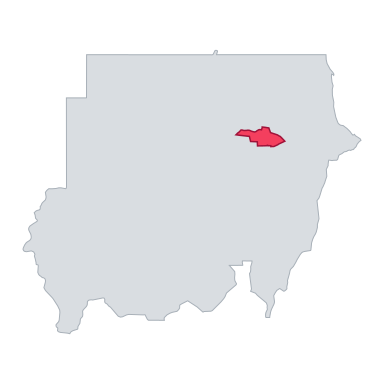 Barbar, River Nile, Sudan shown in context
{"feature_id": "16777658B59808076214537", "entity_name": "Barbar", "entity_type": "district", "adm_level": 2, "iso_a3": "SDN", "parent_name": "Sudan", "parent_adm1": "River Nile", "projection": "mercator", "projection_center": [33.64, 18.168], "detail": "fine", "context": "in_parent", "style": "filled", "palette": "rose", "viewbox_px": 384, "rotation_deg": 0, "n_neighbors": 0, "source": "geoboundaries", "source_scale": "gbopen_adm2", "svg_char_len": 4553}
<svg xmlns="http://www.w3.org/2000/svg" viewBox="0 0 384 384"><path d="M269.7,317.5L266.0,317.5L265.6,316.6L265.6,314.1L266.0,312.3L267.4,309.3L267.1,307.7L267.3,305.4L266.3,302.8L257.3,295.3L255.5,293.2L250.6,291.3L251.5,289.1L249.5,273.6L250.5,271.8L250.8,269.1L250.7,266.7L251.9,262.7L252.0,261.0L242.4,260.9L242.3,262.6L242.7,264.5L242.7,265.3L229.3,265.4L234.7,271.5L234.9,274.1L234.6,277.5L234.7,279.6L235.0,281.0L236.5,283.7L236.4,284.2L236.0,284.9L226.5,293.0L225.0,296.7L223.7,298.7L220.9,302.0L212.3,310.6L210.9,311.2L204.3,311.5L203.6,311.7L203.1,312.1L202.8,312.0L197.2,307.0L187.7,300.8L181.4,304.0L179.7,305.2L179.6,308.1L178.7,309.6L177.0,311.3L172.4,312.3L170.0,313.2L167.1,314.8L164.3,317.6L164.1,319.0L164.4,320.3L148.3,320.2L147.3,319.2L145.0,314.7L143.3,314.9L128.7,314.4L126.6,314.9L122.5,316.8L120.4,317.1L118.2,316.2L110.5,307.2L108.8,306.1L107.1,304.0L105.5,303.1L104.9,302.4L104.7,301.4L104.8,299.4L104.2,298.2L103.0,297.9L92.7,300.0L91.2,299.8L89.1,300.1L88.3,300.5L87.4,301.7L87.3,304.2L87.0,305.4L86.2,306.7L83.3,309.8L82.6,311.1L82.8,314.5L82.6,316.2L82.1,317.0L80.9,318.3L80.4,319.0L79.9,323.3L78.3,325.9L77.9,326.8L77.8,328.7L77.5,329.2L72.9,330.7L71.1,331.7L70.1,333.1L69.8,333.7L67.8,333.2L65.3,332.9L60.4,332.4L58.4,331.7L57.5,330.7L57.8,328.1L57.3,327.5L56.5,327.1L56.0,325.9L56.1,324.6L58.7,321.6L59.2,320.0L59.9,312.4L59.7,310.1L57.7,305.9L53.0,298.6L51.8,297.2L46.0,291.1L45.3,290.2L43.9,287.7L45.4,282.1L45.5,280.6L45.1,279.0L43.7,277.8L42.3,277.6L40.6,276.1L39.5,275.5L38.5,274.1L37.8,272.3L38.3,265.7L37.9,264.8L36.4,264.6L36.1,264.1L36.1,262.8L35.3,259.1L34.4,256.0L34.9,254.2L33.7,251.9L31.3,250.9L26.6,251.7L25.1,251.5L24.1,251.1L23.4,250.2L23.0,249.2L23.4,247.7L24.7,244.9L26.4,242.5L29.7,240.4L30.6,239.3L31.2,238.1L31.2,236.6L31.0,235.1L30.6,233.7L29.6,231.9L28.7,229.8L28.7,228.3L29.1,227.3L30.0,226.0L33.4,223.6L36.8,221.5L37.4,220.8L37.2,220.0L35.6,218.3L35.1,215.0L34.2,212.7L36.0,211.0L37.3,210.4L39.3,209.9L40.1,209.2L40.3,207.8L40.2,206.5L41.0,205.5L41.9,203.4L42.7,202.4L45.3,200.0L45.9,198.4L46.1,196.9L45.4,192.3L46.9,190.3L48.8,188.7L51.6,188.8L55.9,188.5L58.9,187.8L60.9,187.8L65.7,188.7L66.2,188.3L66.5,187.1L66.4,97.9L86.3,97.9L86.5,97.7L86.6,54.7L212.0,54.8L213.0,54.6L215.0,50.6L215.8,50.3L217.1,50.5L217.5,51.4L216.5,54.7L326.0,54.7L326.2,59.7L327.1,63.6L330.2,69.3L332.8,72.3L333.8,73.9L333.9,74.7L333.7,75.4L332.9,74.6L331.6,74.1L331.4,76.7L332.0,82.1L333.1,85.8L332.3,89.3L332.4,95.2L333.8,102.2L333.6,106.7L335.8,117.2L338.0,123.0L339.3,124.4L340.6,125.2L343.2,125.6L347.1,128.6L350.2,131.7L351.3,133.3L352.8,135.1L353.8,134.8L354.4,134.3L355.4,135.7L360.2,138.8L361.0,140.3L359.2,141.7L357.2,144.1L356.2,146.4L355.7,147.1L354.1,148.5L353.8,149.2L353.1,149.6L352.3,149.6L350.7,150.4L349.2,150.1L347.7,150.6L347.1,151.1L345.9,151.6L344.3,151.8L341.8,153.7L339.6,154.7L338.8,155.4L337.7,159.2L336.8,160.2L333.6,160.3L332.0,160.6L329.8,160.2L328.7,160.2L328.5,161.1L328.1,164.3L328.1,165.7L326.3,169.4L326.8,176.3L325.1,181.4L324.8,182.6L323.0,186.7L322.1,188.2L319.8,195.8L318.9,198.2L317.0,200.6L319.0,218.8L317.4,224.4L317.4,227.4L316.3,231.9L315.4,234.0L313.9,236.5L312.7,239.3L311.6,242.9L310.9,249.9L310.6,250.5L304.8,251.4L303.0,251.9L301.8,252.6L300.3,254.4L297.3,259.3L295.8,262.3L293.4,266.4L290.6,269.3L290.0,270.7L289.5,273.3L288.4,277.4L287.5,280.4L287.7,282.7L286.8,286.8L286.9,288.8L285.9,289.9L284.6,291.0L283.7,291.2L279.7,288.5L276.8,290.4L275.1,293.0L273.7,295.7L274.5,301.4L274.4,302.6L274.0,304.0L271.4,309.5L270.6,312.0L269.8,316.5L269.7,317.5Z" fill="#d9dde1" stroke="#a8b0b8" stroke-width="1"/><path d="M247.9,130.2L247.7,130.2L246.6,130.4L244.1,130.5L243.5,130.4L242.0,130.0L241.4,130.0L241.0,130.0L240.2,130.9L239.7,131.4L239.3,131.8L239.0,132.1L237.5,133.2L237.0,133.8L236.0,134.8L238.9,135.2L249.4,136.4L250.6,141.5L257.3,141.8L257.5,145.9L264.1,145.8L266.8,145.7L267.0,145.4L267.4,145.3L267.5,145.3L267.5,145.6L267.9,145.7L268.0,145.7L268.1,145.8L268.7,145.7L270.8,145.7L270.8,146.6L273.9,146.5L275.2,145.9L275.9,145.6L277.9,144.7L278.4,144.2L281.2,142.9L284.0,141.6L284.3,141.4L284.8,141.2L281.9,138.1L280.4,136.6L280.2,136.4L279.4,136.1L277.6,135.0L277.2,134.8L273.8,133.7L270.5,132.6L268.8,127.9L268.3,127.9L268.0,127.8L265.0,127.3L264.9,127.3L262.2,127.0L262.2,127.4L262.1,127.9L262.0,128.3L261.9,128.6L261.7,129.1L261.6,129.4L261.6,129.5L261.5,129.8L260.2,129.6L259.4,129.6L258.7,129.8L256.9,130.8L256.3,131.4L254.7,132.0L252.9,131.6L251.5,131.2L249.9,130.5L249.2,130.3L248.0,130.2L247.9,130.2Z" fill="#f43f5e" stroke="#9f1239" stroke-width="1.5"/></svg>